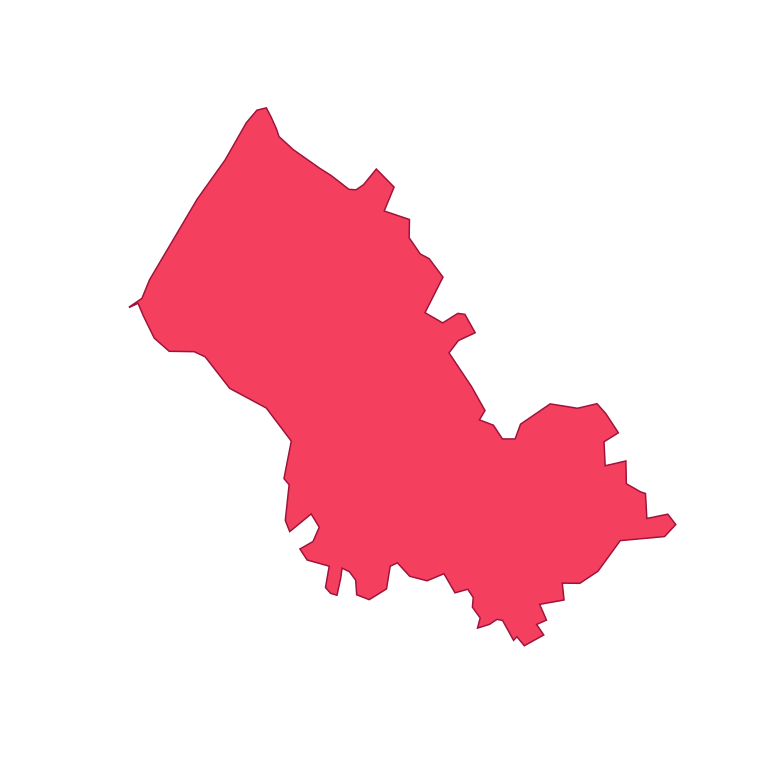 outline of Urgut, Samarkand, Uzbekistan, rotated 235°
{"feature_id": "79887680B70899429425762", "entity_name": "Urgut", "entity_type": "district", "adm_level": 2, "iso_a3": "UZB", "parent_name": "Uzbekistan", "parent_adm1": "Samarkand", "projection": "equal_earth", "projection_center": [67.137, 39.37], "detail": "fine", "context": "isolated", "style": "filled", "palette": "rose", "viewbox_px": 768, "rotation_deg": 235, "n_neighbors": 0, "source": "geoboundaries", "source_scale": "gbopen_adm2", "svg_char_len": 1509}
<svg xmlns="http://www.w3.org/2000/svg" viewBox="0 0 768 768"><g transform="rotate(235 384 384)"><path d="M564.5,501.0L559.0,481.5L559.1,472.5L563.6,466.9L584.7,460.4L598.0,454.9L628.0,444.1L646.9,439.9L654.6,442.2L667.8,444.7L677.7,446.0L681.2,437.0L677.0,421.1L668.0,402.1L658.7,382.4L642.6,337.0L603.9,251.8L593.0,234.8L593.2,219.7L592.8,219.6L591.2,228.8L577.6,225.9L553.3,222.1L534.0,226.8L519.3,247.1L508.8,253.1L468.9,255.1L431.8,273.8L390.4,275.3L363.9,247.8L355.9,248.5L328.9,224.9L317.2,222.1L319.3,249.8L303.8,248.8L295.7,235.5L297.1,220.5L283.9,220.1L266.2,234.6L250.8,219.3L243.2,220.2L237.9,224.3L249.8,237.2L257.2,244.0L250.1,248.0L239.6,248.3L227.0,240.7L215.8,248.2L214.7,268.5L231.2,284.6L229.8,292.4L211.7,294.8L198.1,306.4L194.2,324.3L172.2,322.4L167.8,334.9L157.9,334.6L150.5,328.4L137.2,328.6L130.4,320.6L126.6,332.5L126.4,341.5L122.3,345.5L99.7,343.1L100.7,347.9L89.1,348.8L86.8,370.9L99.5,371.1L97.4,381.7L114.2,385.1L103.8,407.6L118.6,415.8L108.4,430.1L107.9,451.9L120.2,487.7L98.1,526.3L101.5,542.4L114.6,541.8L123.1,522.2L144.3,535.4L148.6,532.2L163.3,525.3L182.2,538.0L190.2,518.3L210.5,531.1L209.6,548.0L232.5,548.7L245.7,547.2L253.2,528.5L272.4,508.7L272.8,472.8L263.8,459.9L271.1,449.5L287.5,450.0L299.9,441.6L304.3,451.5L331.4,454.2L372.2,455.1L376.9,469.8L373.7,488.1L394.7,490.2L399.5,485.0L400.4,467.1L418.9,458.5L437.7,493.6L460.7,492.9L469.7,488.3L489.4,488.5L504.1,499.2L525.6,483.4L539.5,505.2L564.5,501.0Z" fill="#f43f5e" stroke="#9f1239" stroke-width="1.5"/></g></svg>